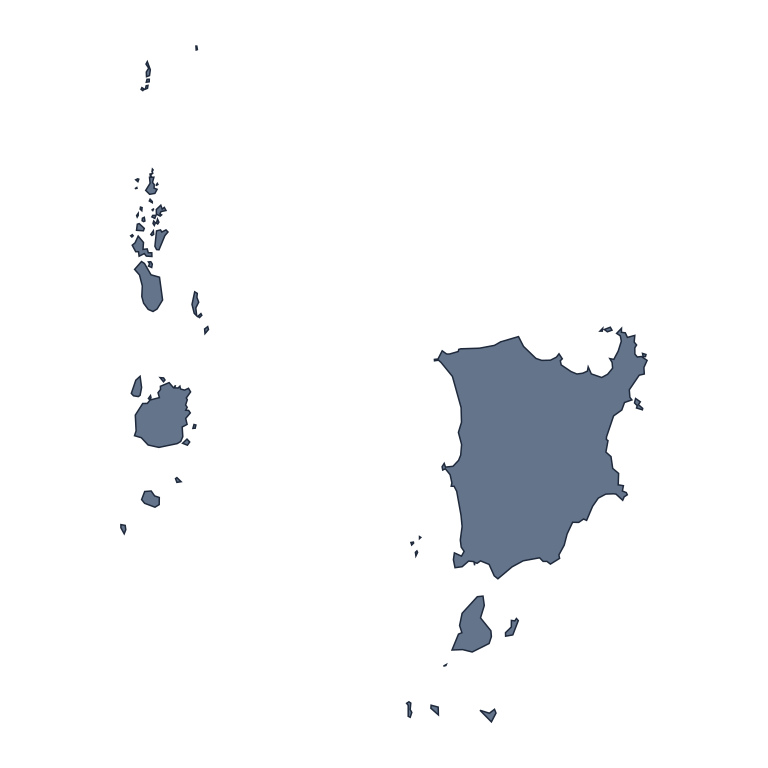 Ko Samui, Surat Thani, Thailand (Robinson projection)
{"feature_id": "78962969B93430934816346", "entity_name": "Ko Samui", "entity_type": "district", "adm_level": 2, "iso_a3": "THA", "parent_name": "Thailand", "parent_adm1": "Surat Thani", "projection": "robinson", "projection_center": [99.825, 9.553], "detail": "fine", "context": "isolated", "style": "filled", "palette": "slate", "viewbox_px": 768, "rotation_deg": 0, "n_neighbors": 0, "source": "geoboundaries", "source_scale": "gbopen_adm2", "svg_char_len": 6158}
<svg xmlns="http://www.w3.org/2000/svg" viewBox="0 0 768 768"><path d="M621.5,328.3L616.6,333.4L620.3,335.8L621.3,341.2L618.2,351.1L613.8,359.4L609.8,358.6L612.1,362.4L612.6,368.2L607.6,374.3L601.7,377.5L591.3,373.9L588.2,366.9L587.4,371.1L582.8,373.2L576.9,374.0L571.1,371.6L561.2,364.9L560.3,360.8L562.3,358.8L559.0,353.8L556.4,357.2L550.4,360.2L541.7,360.4L535.9,358.4L523.5,346.4L518.5,336.6L500.7,341.8L494.4,345.4L479.4,348.2L460.7,348.8L458.7,349.4L458.3,351.5L449.6,354.0L446.6,354.0L442.2,350.8L438.0,359.0L434.4,359.4L434.5,360.8L438.5,360.2L441.1,362.5L452.4,376.4L461.1,407.6L461.5,422.3L458.4,432.4L461.6,444.5L460.7,455.1L458.6,460.3L453.0,466.3L445.5,467.1L444.2,463.4L442.1,466.7L442.7,470.0L445.4,468.8L450.1,474.7L451.9,482.9L451.2,486.2L454.1,486.3L456.7,491.3L461.0,515.2L462.1,526.5L460.3,540.0L461.2,547.1L464.1,551.4L461.5,556.1L454.4,552.9L453.4,559.7L455.0,567.7L462.2,566.7L468.6,561.1L473.9,561.6L474.6,565.3L474.6,562.4L477.1,563.3L480.5,560.9L489.1,564.4L494.2,575.8L497.9,578.8L512.0,566.9L523.2,560.8L539.6,557.8L543.1,561.4L546.9,561.4L550.4,564.1L559.6,558.4L558.9,554.9L564.2,545.2L567.1,534.0L572.6,522.3L578.7,522.4L583.6,519.0L586.6,520.4L592.6,506.3L598.3,498.1L605.8,494.1L613.5,493.8L616.0,494.1L622.7,500.3L624.2,496.8L627.3,494.8L626.3,492.6L622.4,491.0L623.4,485.7L618.2,484.8L618.6,473.4L612.7,468.4L611.0,456.6L605.9,452.1L608.0,440.6L606.4,439.5L606.5,436.9L613.6,415.9L621.8,410.0L624.5,402.5L631.9,399.9L629.9,397.4L629.3,389.8L639.2,375.2L644.3,374.0L643.9,367.5L647.1,360.4L641.4,356.5L637.3,357.0L634.9,354.1L634.8,347.8L636.6,345.0L634.2,342.1L634.8,335.4L627.4,337.4L625.3,332.8L621.4,332.3L621.5,328.3ZM169.1,382.6L160.4,386.3L160.5,389.5L158.0,392.7L159.4,397.6L150.1,400.0L147.3,403.4L142.7,403.5L135.3,415.1L136.1,430.9L134.5,435.7L141.3,437.7L148.1,445.0L158.9,447.4L177.2,443.6L180.7,441.5L182.8,436.7L182.2,427.0L187.1,424.4L185.7,418.4L190.3,412.9L188.6,410.4L185.7,410.2L187.2,407.3L185.6,405.0L187.3,399.7L186.3,398.0L190.6,391.9L188.5,388.3L184.6,390.1L180.5,389.0L179.9,386.2L178.1,388.0L173.5,387.8L169.1,382.6ZM483.0,596.1L477.3,596.7L462.1,613.3L459.6,625.5L461.9,632.7L458.5,634.1L452.0,650.0L462.6,649.6L472.2,652.0L489.1,643.5L491.4,636.6L490.9,630.8L480.5,617.9L484.3,605.5L483.0,596.1ZM144.5,263.5L141.5,261.5L134.6,269.4L139.5,275.0L142.3,285.9L141.8,296.5L143.6,303.2L148.2,309.4L153.0,311.5L157.1,309.0L162.6,300.0L159.5,277.2L151.0,274.8L144.5,263.5ZM155.0,507.2L159.2,504.6L159.3,497.5L154.6,495.9L151.2,491.0L144.7,491.5L141.6,499.6L144.6,503.3L155.0,507.2ZM143.0,249.4L143.5,242.5L138.2,236.1L135.0,242.9L132.2,245.2L135.7,251.7L138.5,251.7L139.1,256.2L144.3,253.6L146.3,256.1L151.9,256.5L151.8,252.8L148.3,252.7L147.2,248.9L143.0,249.4ZM168.0,232.0L166.0,229.9L161.8,232.0L160.5,229.9L156.5,230.9L154.9,246.3L156.6,249.6L159.0,249.8L164.9,235.6L168.0,232.0ZM138.3,396.6L140.1,395.3L141.6,387.5L140.1,376.3L135.8,380.2L131.3,393.4L133.5,395.8L138.3,396.6ZM518.3,620.6L516.4,618.5L514.8,620.9L511.4,620.4L511.3,627.0L505.5,632.7L505.6,636.2L512.8,634.9L518.3,620.6ZM153.9,177.2L149.5,177.3L150.1,183.3L145.7,190.4L149.6,194.3L154.9,193.4L157.1,189.3L154.1,188.2L154.2,184.5L152.5,182.4L153.9,177.2ZM496.0,713.1L494.5,709.3L489.4,713.2L480.0,710.3L491.4,721.9L496.0,713.1ZM196.7,315.8L195.8,307.9L198.7,302.2L196.9,297.4L197.3,293.4L194.7,291.8L192.0,304.4L194.2,313.3L196.7,315.8ZM162.2,209.1L160.8,205.2L156.3,209.5L156.4,214.1L160.2,216.1L161.6,214.9L159.9,213.9L161.0,211.6L166.0,210.5L164.3,207.4L162.2,209.1ZM438.4,714.9L438.2,707.1L431.1,705.2L430.9,708.3L438.4,714.9ZM143.4,230.8L144.3,228.4L139.2,223.6L137.3,224.2L136.5,230.3L143.4,230.8ZM640.3,401.8L635.6,398.5L634.5,402.9L637.2,405.7L636.5,408.0L642.4,409.8L642.7,408.4L638.4,404.6L640.3,401.8ZM410.2,717.3L411.8,712.4L410.2,709.6L410.8,703.1L408.9,701.8L406.6,703.3L408.2,705.3L408.2,716.3L410.2,717.3ZM150.3,69.7L147.3,61.6L146.0,64.1L148.7,68.2L146.3,72.0L146.5,76.7L149.5,75.6L150.3,69.7ZM125.2,525.4L120.9,524.6L120.9,527.8L124.2,533.8L125.8,529.7L125.2,525.4ZM187.4,445.2L189.7,442.0L187.0,439.1L182.6,443.3L187.4,445.2ZM610.3,327.2L604.3,329.5L607.4,331.8L612.0,330.2L610.3,327.2ZM205.0,333.6L208.5,329.5L207.7,326.6L204.6,329.0L205.0,333.6ZM150.8,261.7L148.4,261.9L149.6,263.9L148.5,266.1L151.7,267.5L152.3,264.1L150.8,261.7ZM181.1,481.7L176.9,477.6L175.5,478.6L176.9,482.4L181.1,481.7ZM163.5,381.8L165.0,380.0L163.6,377.9L160.1,377.6L163.5,381.8ZM156.0,215.3L152.7,215.4L151.9,216.9L154.8,218.4L156.0,215.3ZM195.9,425.0L194.0,424.5L192.9,428.4L195.2,428.2L195.9,425.0ZM151.9,235.5L153.7,234.4L153.4,230.8L150.8,234.4L151.9,235.5ZM144.3,217.3L142.4,218.2L142.1,220.7L143.7,221.6L144.9,221.0L144.3,217.3ZM149.3,79.2L147.0,79.3L146.3,82.2L149.2,81.8L149.3,79.2ZM201.8,315.3L200.9,313.6L197.9,316.3L199.5,317.6L201.8,315.3ZM646.0,354.5L642.5,353.4L643.1,356.5L645.5,356.6L646.0,354.5ZM154.3,225.5L155.4,222.8L153.7,221.0L153.0,223.5L154.3,225.5ZM157.7,224.0L158.9,222.2L157.5,219.1L156.4,223.1L157.7,224.0ZM148.0,85.4L146.2,85.7L145.3,89.2L147.5,88.3L148.0,85.4ZM415.9,555.9L417.6,552.3L416.9,550.9L415.4,552.3L415.9,555.9ZM138.8,179.2L137.7,178.8L135.7,179.8L137.9,181.7L138.8,179.2ZM149.7,399.7L151.0,397.8L150.5,395.6L148.4,398.5L149.7,399.7ZM150.1,199.2L149.3,201.0L152.3,202.7L152.3,201.5L150.1,199.2ZM411.7,545.0L413.6,543.1L413.4,542.1L410.9,542.5L411.7,545.0ZM197.4,49.6L196.8,46.1L195.9,46.1L196.2,50.0L197.4,49.6ZM142.8,90.6L144.1,89.0L141.9,87.6L141.1,89.4L142.8,90.6ZM600.0,331.1L602.3,331.1L602.7,328.3L600.0,331.1ZM141.8,210.7L142.1,207.6L140.5,207.1L140.1,209.1L141.8,210.7ZM137.2,217.1L138.2,215.5L138.2,213.3L136.6,215.5L137.2,217.1ZM131.9,237.0L133.2,235.8L132.3,234.7L130.7,235.8L131.9,237.0ZM151.4,176.6L149.9,173.4L150.5,176.8L151.4,176.6ZM136.8,187.5L134.9,188.7L137.0,188.3L136.8,187.5ZM151.9,172.3L153.1,169.9L152.4,169.1L151.9,172.3ZM419.5,538.6L420.8,537.4L419.5,536.6L419.5,538.6ZM152.8,210.6L153.8,208.6L152.1,209.9L152.8,210.6ZM443.4,666.2L445.9,665.5L446.3,664.5L443.4,666.2ZM155.9,185.6L157.9,184.5L157.3,183.4L155.9,185.6ZM151.7,174.1L153.3,172.7L151.5,173.7L151.7,174.1ZM173.9,387.7L175.3,386.2L175.5,385.3L173.9,387.7Z" fill="#64748b" stroke="#1e293b" stroke-width="1.5"/></svg>